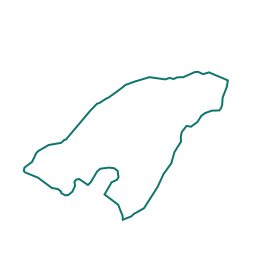 outline of San Miguel Panán, Suchitepéquez, Guatemala, rotated 208°
{"feature_id": "79465075B30152308361282", "entity_name": "San Miguel Panán", "entity_type": "district", "adm_level": 2, "iso_a3": "GTM", "parent_name": "Guatemala", "parent_adm1": "Suchitepéquez", "projection": "natural_earth1", "projection_center": [-91.36, 14.503], "detail": "fine", "context": "isolated", "style": "outline", "palette": "teal", "viewbox_px": 256, "rotation_deg": 208, "n_neighbors": 0, "source": "geoboundaries", "source_scale": "gbopen_adm2", "svg_char_len": 1031}
<svg xmlns="http://www.w3.org/2000/svg" viewBox="0 0 256 256"><g transform="rotate(208 128 128)"><path d="M89.5,44.6L83.6,51.5L82.6,54.7L76.2,64.7L74.2,89.9L75.0,104.0L73.2,117.1L75.7,128.7L74.8,140.9L77.4,145.3L78.6,149.9L77.3,157.3L73.0,158.7L69.5,166.0L69.0,173.0L67.0,177.3L62.1,182.7L55.6,186.4L55.2,189.1L55.7,192.6L58.7,199.2L60.1,211.0L62.2,216.9L66.4,216.6L82.6,215.1L87.0,210.8L92.5,210.5L95.2,208.8L103.1,198.8L108.4,195.8L110.7,192.7L114.8,191.7L118.0,188.4L133.0,182.9L144.0,172.0L150.4,164.9L153.0,158.9L159.4,145.8L160.7,144.3L165.1,136.4L166.7,135.1L169.4,125.7L177.4,88.6L178.6,87.7L180.1,83.5L190.0,75.8L196.4,65.6L197.2,62.9L196.8,53.1L200.8,44.5L199.9,41.2L197.7,40.5L184.1,41.9L167.1,39.3L161.2,41.2L157.6,40.6L156.2,39.2L151.8,39.1L149.3,40.7L147.2,45.7L147.6,52.1L150.0,55.3L149.6,58.1L147.2,60.0L136.6,58.9L135.4,62.8L134.9,74.8L133.4,79.0L126.2,84.1L121.2,86.0L117.0,85.3L113.2,79.9L113.5,77.0L117.0,72.3L117.5,58.3L100.6,55.6L91.7,48.0L89.5,44.6Z" fill="none" stroke="#0f766e" stroke-width="2"/></g></svg>